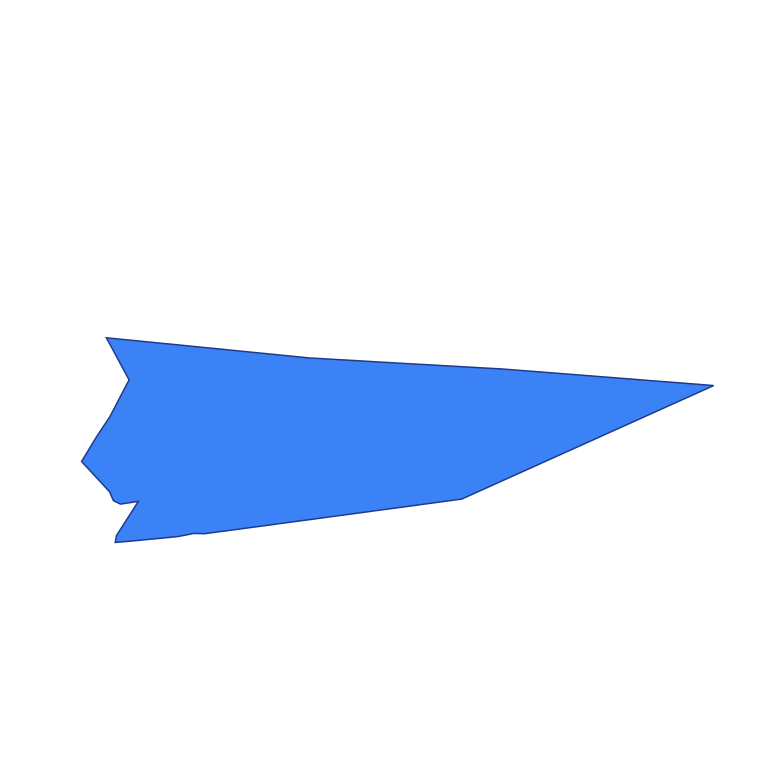 the district of Oualata, Hodh ech Chargui, Mauritania, rotated 71°
{"feature_id": "47542326B56395627841614", "entity_name": "Oualata", "entity_type": "district", "adm_level": 2, "iso_a3": "MRT", "parent_name": "Mauritania", "parent_adm1": "Hodh ech Chargui", "projection": "robinson", "projection_center": [-7.469, 19.742], "detail": "fine", "context": "isolated", "style": "filled", "palette": "blue", "viewbox_px": 768, "rotation_deg": 71, "n_neighbors": 0, "source": "geoboundaries", "source_scale": "gbopen_adm2", "svg_char_len": 469}
<svg xmlns="http://www.w3.org/2000/svg" viewBox="0 0 768 768"><g transform="rotate(71 384 384)"><path d="M360.7,383.7L334.8,446.7L249.9,631.5L254.5,630.7L297.1,623.7L325.8,654.0L339.9,672.5L358.8,695.2L378.8,686.4L396.5,678.6L406.2,677.8L411.8,672.2L415.0,654.5L440.2,686.3L446.3,689.7L450.1,674.7L461.1,628.8L461.5,626.3L463.4,612.4L467.2,602.2L518.1,348.1L492.8,72.8L407.9,268.2L400.4,286.7L360.7,383.7Z" fill="#3b82f6" stroke="#1e3a8a" stroke-width="1.5"/></g></svg>